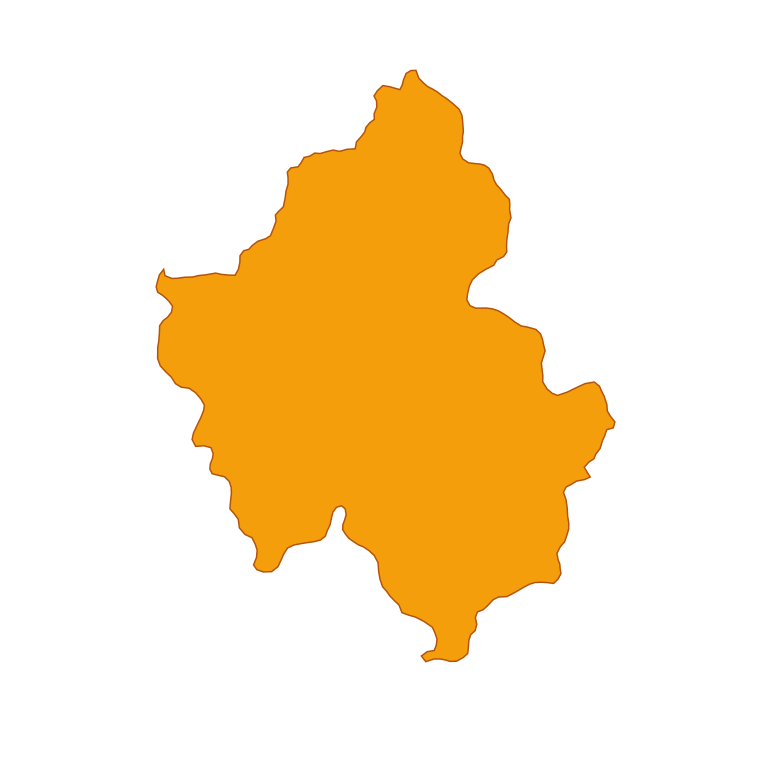 Pratinha, Minas Gerais, Brazil, rotated 70°
{"feature_id": "56859067B43634204872254", "entity_name": "Pratinha", "entity_type": "district", "adm_level": 2, "iso_a3": "BRA", "parent_name": "Brazil", "parent_adm1": "Minas Gerais", "projection": "orthographic", "projection_center": [-46.401, -19.763], "detail": "fine", "context": "isolated", "style": "filled", "palette": "amber", "viewbox_px": 768, "rotation_deg": 70, "n_neighbors": 0, "source": "geoboundaries", "source_scale": "gbopen_adm2", "svg_char_len": 3852}
<svg xmlns="http://www.w3.org/2000/svg" viewBox="0 0 768 768"><g transform="rotate(70 384 384)"><path d="M498.6,180.0L491.7,182.3L485.7,183.4L479.5,181.6L470.8,181.3L465.1,182.0L459.8,182.3L454.1,185.7L452.4,194.8L452.9,201.1L453.5,207.2L454.3,214.6L454.1,224.8L450.3,229.1L444.4,232.5L436.2,234.1L430.5,231.9L424.4,230.5L418.1,229.0L412.0,224.3L407.8,221.2L402.1,220.7L396.4,219.8L390.4,219.8L384.7,222.6L380.0,229.1L376.2,235.4L370.6,239.8L364.1,243.9L358.4,248.1L354.3,251.6L350.4,256.5L347.6,261.9L345.9,266.8L344.1,271.9L339.9,276.4L333.2,277.4L327.3,274.3L321.2,270.3L316.3,265.3L312.8,257.6L311.1,249.4L309.9,240.2L306.1,235.7L305.1,228.0L301.9,223.5L296.9,221.9L290.7,219.4L284.0,215.7L276.3,212.2L271.2,207.8L263.4,206.4L258.0,204.3L253.4,203.0L248.3,205.4L241.0,207.7L235.2,210.1L230.0,210.9L223.8,210.3L217.0,211.7L212.8,214.7L210.1,218.6L207.8,223.5L205.1,228.9L199.4,233.1L193.2,233.8L188.0,230.5L183.4,227.4L178.2,225.5L173.7,223.0L169.1,221.7L163.8,220.2L158.1,218.9L151.6,219.4L144.4,223.2L137.5,227.4L132.7,231.0L127.8,234.0L123.8,237.2L119.4,241.3L114.5,244.0L108.6,246.7L100.2,246.7L98.7,251.4L99.7,257.0L105.2,261.9L109.4,264.7L112.8,268.4L106.6,277.0L103.2,282.9L106.0,289.7L109.9,294.9L115.4,294.2L121.4,296.1L126.6,300.8L132.1,302.6L133.6,307.9L136.6,313.1L140.5,315.8L143.3,320.1L147.1,327.1L153.2,330.6L150.8,338.5L150.2,346.2L146.8,351.7L146.0,358.8L145.6,365.2L143.3,370.2L144.5,375.8L143.8,381.6L147.6,386.1L150.5,390.3L149.1,397.7L151.8,402.4L157.3,403.6L163.4,405.8L169.1,410.0L176.2,413.7L183.1,418.0L185.8,424.1L188.1,428.3L194.0,429.7L199.6,434.3L205.8,440.0L207.0,445.4L206.7,453.9L208.8,460.4L211.2,465.0L210.8,470.3L214.2,475.4L220.5,477.9L226.4,481.6L230.9,486.7L228.4,493.0L225.5,499.1L222.2,504.3L220.4,514.4L218.7,521.0L218.0,527.3L215.5,534.8L214.0,541.9L212.3,547.2L207.3,552.8L200.9,551.8L204.6,557.7L209.6,561.4L214.7,564.8L220.3,565.3L224.7,561.9L228.9,559.5L233.7,557.4L238.6,556.1L243.9,559.2L247.3,564.6L248.8,569.6L252.5,574.9L259.0,577.5L266.1,580.7L272.7,584.3L277.9,586.2L282.6,588.0L290.5,588.0L298.2,584.8L304.5,581.6L312.4,579.8L317.6,575.7L321.4,568.5L328.0,563.9L335.7,561.1L342.4,560.0L347.0,562.4L352.9,567.6L359.1,574.0L364.9,579.8L370.5,583.3L378.2,582.3L380.5,574.3L384.7,568.3L391.1,568.3L395.6,570.9L399.6,574.5L404.3,576.7L409.5,576.2L413.0,571.1L416.6,565.6L422.7,562.7L429.1,563.0L434.6,564.8L441.0,568.0L448.6,571.5L454.2,569.3L461.2,567.2L469.7,569.1L477.8,566.1L483.3,560.6L490.3,559.8L496.7,560.0L503.5,563.2L509.4,568.5L515.1,566.9L519.3,561.7L521.9,553.8L519.4,546.1L514.4,541.1L509.7,536.6L505.1,530.7L504.5,523.4L505.6,516.7L506.9,509.8L508.2,503.9L508.9,497.0L506.9,491.2L501.8,486.9L497.7,482.7L491.5,478.9L486.9,475.8L483.6,470.8L483.9,465.5L488.0,463.2L493.8,464.2L498.2,467.4L502.2,470.8L506.7,472.6L512.1,471.5L517.1,469.7L521.4,466.8L526.3,463.1L530.1,458.9L535.3,455.2L541.8,451.8L549.9,450.7L558.1,453.1L566.1,454.5L574.1,454.7L579.1,452.6L585.0,451.0L591.0,448.4L596.7,445.5L605.1,445.3L609.6,439.9L613.8,434.1L620.6,427.8L629.0,421.8L635.5,421.2L642.1,421.5L647.2,424.1L651.6,427.9L650.3,435.0L652.4,441.9L659.2,439.7L659.5,431.0L661.6,425.4L664.0,421.2L667.3,416.7L669.3,410.6L668.1,403.0L665.8,397.5L659.9,394.6L653.9,391.9L649.2,388.3L646.9,382.7L641.5,379.0L634.7,378.0L630.1,374.2L630.1,368.4L627.8,362.6L624.1,355.4L623.3,349.4L625.8,341.1L624.4,330.9L622.8,322.5L621.9,315.8L622.2,310.0L623.9,304.5L626.4,298.6L629.4,292.9L626.8,287.1L622.7,282.6L618.1,281.7L613.3,280.4L608.5,280.5L602.3,279.4L597.3,274.1L594.1,268.3L588.4,263.7L583.5,260.1L577.7,257.9L571.2,256.7L563.0,254.2L554.8,252.5L547.1,252.4L543.1,248.1L542.4,242.6L541.1,236.5L542.4,228.1L541.9,222.0L536.5,223.3L530.7,224.3L527.5,218.3L526.0,212.2L522.4,209.1L518.5,203.0L512.1,198.2L508.1,194.3L503.1,190.3L503.6,183.5L498.6,180.0Z" fill="#f59e0b" stroke="#b45309" stroke-width="1.5"/></g></svg>